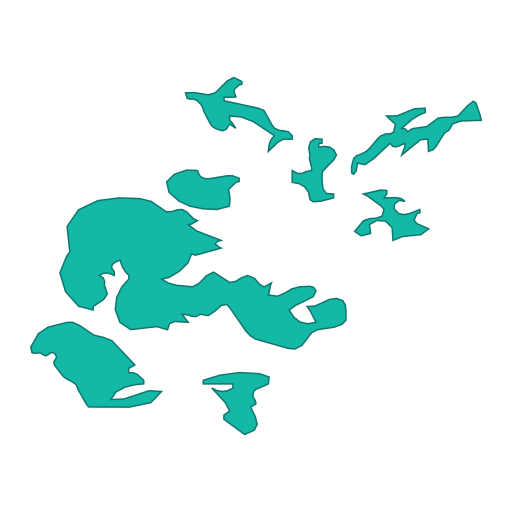 the Unitary District of Orkney
{"feature_id": "GBR-2744", "entity_name": "Orkney", "entity_type": "Unitary District", "adm_level": 1, "iso_a3": "GBR", "parent_name": "United Kingdom", "parent_adm1": "", "projection": "robinson", "projection_center": [-2.916, 59.046], "detail": "fine", "context": "isolated", "style": "filled", "palette": "teal", "viewbox_px": 512, "rotation_deg": 0, "n_neighbors": 0, "source": "natural_earth", "source_scale": "10m", "svg_char_len": 5063}
<svg xmlns="http://www.w3.org/2000/svg" viewBox="0 0 512 512"><path d="M336.7,298.4L342.8,300.7L345.4,305.2L346.0,311.7L345.9,320.2L342.3,324.1L334.1,327.2L317.5,329.7L311.9,332.5L301.9,345.4L295.0,349.0L288.3,348.4L255.5,339.1L250.4,335.8L245.9,331.1L230.1,308.1L226.8,304.5L221.4,305.3L215.3,310.8L208.3,315.6L200.3,314.2L195.9,316.6L191.9,316.3L187.6,314.9L182.0,314.2L188.2,322.3L174.8,321.5L169.6,323.5L167.5,329.7L156.8,326.6L130.7,329.6L119.9,322.3L115.3,309.7L116.7,297.5L121.9,286.8L128.8,279.1L128.9,275.5L125.7,272.0L123.2,268.3L121.4,264.3L120.0,260.1L115.3,262.0L112.2,264.7L111.6,267.9L114.3,271.7L114.3,275.5L110.2,273.7L106.4,273.0L102.8,273.6L99.2,275.5L103.2,277.9L104.7,281.4L104.3,285.9L105.1,286.8L107.3,294.2L103.7,299.4L93.2,306.5L93.2,310.0L78.6,306.2L65.6,291.7L59.9,272.8L66.8,255.9L69.8,252.0L67.1,226.5L78.6,209.8L97.9,200.6L118.8,197.9L139.7,198.6L151.2,201.4L166.1,211.7L171.9,211.6L177.2,209.8L182.1,209.5L186.6,211.8L193.4,218.6L197.4,220.7L191.2,224.2L188.3,224.6L196.5,230.9L221.1,240.4L217.9,241.3L216.5,242.2L215.2,244.2L217.1,245.4L219.1,247.1L221.1,248.1L195.4,255.2L191.5,253.9L187.9,263.0L179.3,271.3L169.3,277.3L161.6,279.1L168.1,283.0L176.5,285.3L192.8,286.8L199.4,283.1L206.0,276.1L213.5,272.1L229.8,282.5L235.9,281.3L241.6,277.7L247.7,275.5L254.5,278.4L259.2,283.9L264.0,287.0L271.4,282.9L270.4,285.6L269.2,292.2L268.3,294.9L277.3,296.2L284.7,293.1L291.8,288.9L299.7,286.8L309.6,286.3L313.7,287.4L316.0,291.0L313.2,296.7L295.6,305.4L289.1,310.0L294.0,317.4L300.2,322.1L307.6,323.8L316.0,322.3L309.9,310.3L307.1,306.5L315.1,306.0L329.6,299.4L336.7,298.4ZM110.8,399.6L123.8,399.0L149.1,390.7L161.5,391.5L150.8,402.7L129.2,407.1L88.7,407.0L86.5,404.4L78.2,389.8L76.4,384.8L72.1,381.7L67.1,379.1L63.2,376.4L54.3,364.9L53.9,361.6L55.6,359.2L56.6,356.7L54.4,353.2L51.3,352.5L46.2,355.8L44.1,355.2L40.0,352.7L35.5,353.3L32.1,352.8L30.7,347.1L37.2,336.0L38.1,333.9L48.2,327.1L67.2,322.4L72.5,322.3L79.1,325.2L94.0,335.2L103.5,337.4L111.9,340.7L134.8,364.9L128.7,368.4L128.7,372.6L133.8,372.9L137.4,374.5L143.7,380.3L143.7,383.9L135.4,384.6L125.1,387.1L115.9,392.0L110.8,399.6ZM458.0,116.0L467.2,106.1L473.2,101.3L475.9,102.8L480.0,114.8L481.3,120.3L460.8,121.0L452.6,123.9L449.1,130.0L444.4,133.1L436.0,146.5L433.0,149.8L428.5,151.4L427.8,139.1L420.6,139.7L401.7,155.0L403.9,149.1L404.9,147.2L404.9,143.4L396.6,146.8L393.1,146.5L389.9,143.4L373.9,158.5L365.0,164.7L357.4,163.1L356.3,170.7L353.8,174.2L351.7,173.0L351.5,166.6L353.7,158.5L356.7,155.6L360.8,154.3L366.3,151.4L370.2,147.7L377.3,139.1L381.0,135.7L386.2,133.8L390.4,133.9L393.6,132.0L395.5,124.1L393.1,122.3L386.6,116.0L396.9,115.9L414.4,108.8L425.2,108.2L425.2,112.5L418.8,115.2L412.4,119.2L401.7,128.3L404.9,128.9L406.2,129.7L407.5,131.8L412.5,128.6L426.7,126.6L438.1,118.1L444.7,117.3L451.6,117.3L458.0,116.0ZM197.5,100.8L193.4,99.0L189.8,99.2L187.1,98.1L185.5,92.8L194.5,92.6L208.3,94.8L215.3,92.8L227.3,80.9L233.8,77.5L241.8,81.5L242.0,84.0L241.4,84.5L240.3,84.5L239.1,85.0L234.4,89.2L234.1,92.0L235.9,97.0L227.0,97.4L224.1,97.0L224.1,100.8L257.9,108.1L263.9,110.4L272.1,125.1L274.5,128.3L279.4,130.4L284.1,130.8L288.3,131.8L292.2,135.7L292.2,139.2L283.6,139.1L278.3,141.9L268.3,151.4L268.9,146.4L269.7,142.6L271.3,139.3L274.5,135.7L253.2,121.6L241.5,117.0L229.7,116.0L229.7,120.2L231.8,122.3L235.9,128.3L229.7,124.1L226.4,129.1L223.2,130.7L219.7,130.1L215.2,128.3L212.2,126.3L210.0,123.2L203.8,111.3L202.9,108.2L201.5,105.2L197.5,100.8ZM239.0,372.6L259.0,373.6L269.1,377.0L268.4,383.9L256.1,389.3L253.6,391.5L252.8,396.6L255.2,400.5L256.0,403.8L250.6,407.0L255.3,416.6L257.2,424.3L254.3,430.1L244.7,434.5L223.9,419.3L223.9,415.1L229.7,411.0L225.2,402.5L211.8,388.0L216.9,390.6L222.4,391.5L227.8,390.6L232.9,388.0L232.9,383.9L203.2,383.9L203.2,380.3L219.9,375.2L239.0,372.6ZM216.7,209.5L203.0,208.8L190.3,206.3L179.0,201.1L169.1,192.3L166.6,181.9L174.5,174.2L186.7,170.1L197.5,170.5L198.0,171.6L198.7,173.8L200.3,176.4L203.4,178.2L206.1,178.7L209.3,178.7L227.0,175.8L232.6,175.8L239.1,178.2L239.3,181.0L238.7,181.8L237.4,181.9L235.9,182.4L228.6,189.4L230.0,198.4L229.4,206.2L216.7,209.5ZM416.9,213.7L414.1,220.2L416.8,223.6L428.7,228.8L421.0,234.6L402.2,236.6L393.0,240.4L392.1,227.6L385.6,221.2L376.9,220.4L369.4,224.6L370.6,233.5L361.2,235.8L354.6,231.4L363.5,220.7L370.0,218.6L376.8,218.1L382.1,216.0L384.1,209.5L381.3,206.1L367.9,196.3L363.4,194.0L380.7,190.0L386.8,190.5L386.8,194.0L385.4,195.8L384.1,197.9L396.1,197.6L401.3,198.6L405.0,201.4L399.4,200.4L394.9,203.5L393.9,208.6L398.9,213.7L404.1,214.6L409.7,213.5L419.8,209.5L420.1,212.4L419.3,213.1L418.1,213.0L416.9,213.7ZM292.2,170.5L297.8,173.6L302.2,173.3L306.4,171.5L311.3,170.5L311.8,168.5L309.4,158.7L309.9,155.0L308.7,147.7L310.4,141.9L315.0,138.7L322.0,139.2L322.0,143.4L318.8,143.4L318.8,147.2L324.5,146.4L329.6,147.1L333.7,149.8L336.5,155.0L333.7,159.9L324.1,169.8L322.1,172.6L322.1,181.5L323.0,188.9L326.4,193.5L333.6,194.0L333.6,197.9L320.8,201.2L313.3,201.8L310.0,199.6L308.5,192.1L304.5,186.7L298.9,183.5L292.2,182.4L292.2,170.5Z" fill="#14b8a6" stroke="#0f766e" stroke-width="1.5"/></svg>